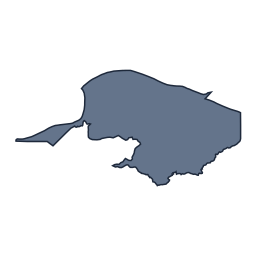 Careiro da Várzea, Amazonas, Brazil
{"feature_id": "56859067B24490966287656", "entity_name": "Careiro da Várzea", "entity_type": "district", "adm_level": 2, "iso_a3": "BRA", "parent_name": "Brazil", "parent_adm1": "Amazonas", "projection": "mercator", "projection_center": [-59.635, -3.304], "detail": "fine", "context": "isolated", "style": "filled", "palette": "slate", "viewbox_px": 256, "rotation_deg": 0, "n_neighbors": 0, "source": "geoboundaries", "source_scale": "gbopen_adm2", "svg_char_len": 4319}
<svg xmlns="http://www.w3.org/2000/svg" viewBox="0 0 256 256"><path d="M240.5,112.7L239.6,112.2L237.6,111.4L234.0,110.3L230.7,109.3L229.9,109.0L228.6,108.5L222.7,106.1L216.8,103.5L213.8,101.9L209.3,100.1L205.1,98.8L211.1,92.2L207.9,92.8L206.3,94.0L203.5,94.5L200.9,93.8L198.4,92.8L192.3,90.5L189.5,89.2L187.0,88.4L184.9,87.3L182.5,86.4L179.5,86.1L178.6,86.1L176.2,86.0L173.9,85.8L172.7,85.6L170.7,85.4L166.9,84.7L166.0,84.3L163.3,83.3L161.9,82.7L158.0,80.9L154.0,78.8L147.8,76.3L143.1,74.5L142.3,74.2L139.0,73.1L134.2,71.5L130.4,70.4L126.6,70.4L122.5,70.5L119.4,70.7L113.9,71.1L110.0,72.0L107.3,72.5L106.0,73.0L104.2,73.7L102.1,74.4L99.8,75.5L98.2,76.4L96.2,77.4L92.7,79.1L90.5,80.5L88.9,81.7L86.8,83.4L84.6,85.2L83.8,85.8L81.5,88.6L82.8,90.0L84.2,93.1L84.9,97.9L84.8,99.8L84.7,103.4L84.7,105.1L84.2,109.6L83.1,113.5L82.2,116.4L80.8,118.7L78.7,120.3L74.7,122.0L72.5,123.2L70.4,123.6L60.2,124.8L58.9,125.0L57.7,125.2L55.2,125.5L52.1,126.6L49.0,128.0L47.1,129.1L44.5,130.7L38.5,133.5L34.5,135.4L31.6,136.7L26.2,138.2L24.9,138.6L23.6,138.9L22.2,139.1L20.2,139.1L19.1,139.1L17.7,138.9L17.0,139.1L16.2,139.6L16.1,140.8L15.4,141.1L27.0,141.5L47.2,141.5L50.1,143.7L53.0,145.8L54.4,144.4L65.9,133.0L71.1,128.0L72.2,127.5L73.1,127.0L74.0,126.4L74.7,126.1L75.2,126.8L76.0,127.1L76.9,127.1L77.7,126.3L78.6,126.7L79.4,126.6L80.2,126.2L81.0,125.6L82.2,125.9L82.7,125.3L82.9,124.0L83.0,123.0L83.1,122.1L83.7,121.1L84.3,120.6L85.0,121.2L85.5,121.6L86.0,122.2L86.4,123.1L86.7,123.8L87.5,124.1L88.6,123.8L89.5,123.6L90.5,124.0L89.2,125.3L88.4,126.0L88.2,126.9L88.4,130.0L88.2,131.9L88.3,133.3L88.3,135.9L88.5,137.3L90.0,138.7L92.3,139.6L96.9,139.8L100.2,139.4L101.7,138.5L107.2,137.4L109.7,137.2L110.5,137.3L113.2,137.8L115.0,137.0L118.3,135.5L120.4,136.8L122.2,138.2L123.8,139.1L125.8,140.2L127.6,139.6L128.8,137.8L132.1,137.2L133.0,139.4L134.8,139.2L137.1,139.5L138.2,141.3L139.9,142.4L140.6,144.1L138.9,145.7L136.8,147.1L135.2,148.6L134.5,150.9L134.2,153.0L133.3,155.0L132.1,157.2L132.4,159.0L131.0,160.5L128.8,160.4L127.1,159.4L125.4,158.5L124.1,160.1L122.9,161.8L120.9,162.6L119.1,164.3L116.7,164.2L114.7,164.6L113.4,165.3L112.7,165.7L115.4,167.0L117.5,166.6L119.6,167.5L121.4,167.6L123.2,166.8L123.9,166.3L124.8,165.8L125.9,165.2L126.9,164.8L127.9,164.9L128.5,165.5L129.2,166.4L129.9,167.1L130.6,167.4L131.6,167.4L132.7,167.4L133.8,167.1L134.8,167.0L135.7,167.2L136.3,167.8L136.8,168.5L137.2,169.1L137.7,169.9L138.1,170.9L138.8,171.5L139.5,172.0L140.4,172.5L141.0,172.7L141.3,173.3L142.1,173.5L142.8,173.5L143.5,173.7L144.2,174.0L145.2,174.2L146.1,174.8L147.0,174.5L147.9,174.6L148.1,175.4L148.6,176.1L149.3,176.5L149.6,177.5L150.6,177.3L151.1,178.0L152.2,178.9L152.7,179.8L152.6,180.7L153.0,181.9L154.1,182.0L155.2,182.7L155.8,183.6L156.6,184.5L157.0,185.0L157.3,185.6L158.1,185.1L159.0,185.2L159.8,184.9L161.1,184.6L162.3,184.7L163.2,184.5L164.1,184.4L165.1,184.2L166.0,184.1L166.6,183.5L167.3,182.8L168.2,182.2L168.5,181.5L169.4,180.8L169.5,179.9L168.6,179.3L167.9,178.4L168.4,177.5L169.0,177.0L169.8,176.7L170.3,176.3L171.3,175.8L172.3,175.3L172.1,174.2L172.9,174.4L173.6,173.9L173.0,172.8L173.9,172.5L174.7,172.3L175.4,172.4L176.0,171.7L176.3,172.9L176.5,174.2L177.6,173.7L178.4,173.6L179.4,173.5L180.6,173.7L181.1,174.6L181.9,174.1L182.6,173.7L183.7,174.1L184.8,173.9L185.8,173.3L186.9,172.7L187.9,172.6L188.9,172.5L190.0,173.1L191.0,173.6L191.9,173.7L193.1,174.2L193.9,174.3L194.7,174.1L195.6,174.3L197.3,175.1L198.3,175.2L198.6,174.3L198.8,173.5L199.4,173.2L200.1,173.3L201.0,173.6L202.2,173.3L202.4,172.6L201.9,171.7L201.6,171.0L201.0,169.8L201.4,169.1L202.3,169.0L202.1,168.1L202.7,167.3L203.3,166.4L203.5,165.5L204.5,165.2L205.2,165.1L206.0,164.7L206.6,163.6L207.5,163.0L208.5,163.0L209.2,162.9L210.4,162.7L210.6,162.0L211.2,161.3L212.3,161.2L213.5,160.7L214.1,160.1L214.5,159.3L214.7,158.4L215.1,157.6L215.7,157.0L215.6,155.6L215.5,154.6L216.0,154.1L217.2,154.5L217.9,154.0L218.4,153.2L218.8,152.5L219.4,151.9L220.4,152.3L222.0,151.6L222.6,151.1L223.1,150.0L223.6,149.4L224.7,149.0L225.5,148.7L226.4,148.2L227.3,147.5L228.0,147.6L228.8,148.0L229.6,147.8L230.5,147.6L231.0,146.8L231.9,146.3L232.7,145.8L233.7,145.7L234.4,145.5L235.4,144.9L236.1,144.5L236.9,144.0L237.8,143.1L238.7,142.2L239.5,141.6L240.0,140.9L240.3,140.0L240.6,138.6L240.6,125.4L240.5,112.7Z" fill="#64748b" stroke="#1e293b" stroke-width="1.5"/></svg>